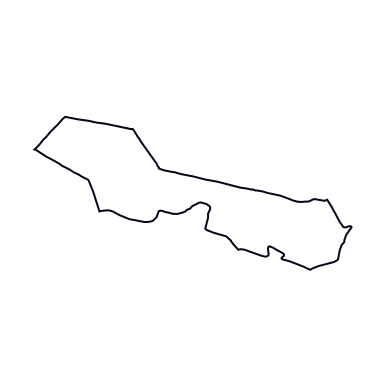 San Carlos Sija, Totonicapán, Guatemala, rotated 286°
{"feature_id": "79465075B11845713959586", "entity_name": "San Carlos Sija", "entity_type": "district", "adm_level": 2, "iso_a3": "GTM", "parent_name": "Guatemala", "parent_adm1": "Totonicapán", "projection": "equal_earth", "projection_center": [-91.578, 15.079], "detail": "fine", "context": "isolated", "style": "outline", "palette": "ink", "viewbox_px": 384, "rotation_deg": 286, "n_neighbors": 0, "source": "geoboundaries", "source_scale": "gbopen_adm2", "svg_char_len": 2530}
<svg xmlns="http://www.w3.org/2000/svg" viewBox="0 0 384 384"><g transform="rotate(286 192 192)"><path d="M171.3,190.8L173.8,192.4L175.5,194.8L177.6,195.6L179.7,197.3L182.0,200.2L183.0,200.7L184.1,202.6L184.5,204.9L184.3,209.9L183.6,211.1L183.6,212.0L182.7,213.4L180.4,214.2L175.6,213.4L172.0,214.5L160.4,214.9L159.5,216.9L158.8,223.8L158.8,237.0L156.0,242.8L155.6,242.9L153.3,245.9L149.3,252.4L150.5,254.7L151.0,258.3L149.9,275.5L149.9,277.7L150.0,279.4L150.1,280.2L150.3,280.9L150.7,281.5L151.2,282.2L151.8,282.7L152.5,282.9L153.3,282.8L153.8,282.7L155.0,282.1L156.7,281.3L158.1,280.8L159.1,280.6L160.1,280.5L160.6,280.7L161.1,281.4L161.1,282.2L161.0,283.7L160.9,284.4L160.7,285.5L160.0,288.0L159.2,291.6L158.8,293.6L158.5,294.9L158.3,295.8L157.9,296.7L157.5,297.4L157.0,297.8L156.0,297.9L155.4,297.6L154.7,297.1L154.0,296.6L153.2,296.3L152.7,296.4L152.3,297.1L152.2,297.6L152.2,298.5L152.2,299.9L152.3,301.7L152.3,305.1L151.0,319.6L149.8,327.0L151.9,329.1L155.9,334.4L158.9,339.5L162.3,345.2L163.0,346.4L163.7,347.6L165.5,349.5L166.6,350.5L167.8,350.9L176.8,350.1L182.5,350.5L185.6,352.1L188.4,351.7L193.4,352.1L202.1,355.1L202.7,354.5L202.8,353.7L202.6,352.9L201.9,351.7L200.7,350.1L200.3,349.2L200.0,348.4L200.0,347.7L200.1,347.1L200.5,346.5L201.1,345.9L203.7,342.5L206.6,339.7L210.4,336.1L214.4,332.0L215.7,330.8L216.5,330.0L221.8,324.1L220.7,322.7L220.0,321.7L219.0,311.9L218.2,310.4L215.2,307.0L214.4,305.1L214.0,303.5L213.4,302.1L212.7,300.3L212.5,299.5L212.0,297.4L211.7,295.3L211.8,293.9L211.7,292.6L211.6,291.7L212.0,288.9L212.8,277.9L212.8,277.2L211.9,264.8L212.0,260.2L211.5,254.8L211.0,252.9L211.2,249.3L210.6,248.2L210.6,245.0L209.5,237.2L208.9,213.5L207.7,201.9L207.3,189.2L206.2,176.7L206.2,169.8L205.8,167.6L205.2,159.9L205.3,154.2L205.7,153.5L206.6,153.3L207.6,151.5L209.1,150.7L215.5,142.6L226.9,128.3L228.7,126.7L229.4,125.4L235.2,119.1L236.2,117.5L235.6,115.5L233.7,89.6L232.4,81.0L231.9,72.6L230.5,63.2L229.3,49.4L226.7,47.6L220.3,44.6L211.0,39.4L204.4,36.5L201.5,34.7L194.9,32.0L189.4,28.9L189.4,30.5L185.9,42.0L184.2,50.1L182.4,57.4L181.4,59.9L179.9,67.9L178.4,72.8L177.4,78.9L176.5,81.4L175.1,88.8L174.2,89.8L165.1,96.9L147.8,108.4L148.6,109.5L150.1,113.2L151.2,116.2L151.5,118.1L151.5,121.1L149.8,128.7L148.6,139.5L149.4,146.5L149.6,151.2L149.9,151.7L149.9,153.8L150.6,156.4L151.7,159.4L153.4,162.2L158.0,164.9L164.3,165.3L164.6,165.8L165.3,166.6L165.6,168.0L165.4,172.7L165.7,174.6L165.7,179.7L167.1,184.5L168.7,187.1L170.1,189.3L171.3,190.8Z" fill="none" stroke="#020617" stroke-width="2"/></g></svg>